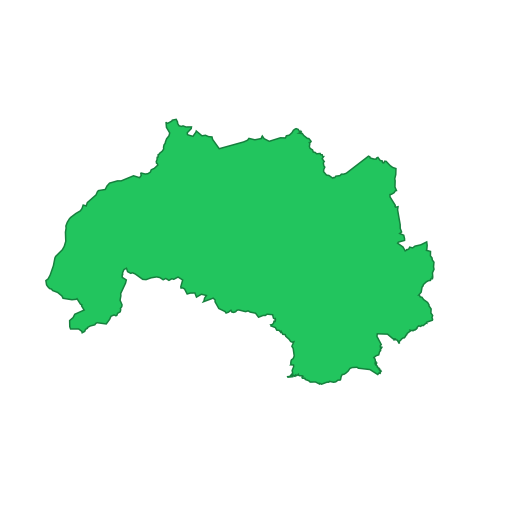 the district of Lifford-Stranorlar Lea-6, Donegal, Ireland, rotated 202°
{"feature_id": "5873133B69749427395931", "entity_name": "Lifford-Stranorlar Lea-6", "entity_type": "district", "adm_level": 2, "iso_a3": "IRL", "parent_name": "Ireland", "parent_adm1": "Donegal", "projection": "mercator", "projection_center": [-7.813, 54.836], "detail": "fine", "context": "isolated", "style": "filled", "palette": "green", "viewbox_px": 512, "rotation_deg": 202, "n_neighbors": 0, "source": "geoboundaries", "source_scale": "gbopen_adm2", "svg_char_len": 6090}
<svg xmlns="http://www.w3.org/2000/svg" viewBox="0 0 512 512"><g transform="rotate(202 256 256)"><path d="M369.4,136.9L368.0,142.4L367.9,145.8L365.5,148.2L363.5,148.1L362.8,148.9L362.9,150.9L361.0,153.4L361.3,155.4L362.1,156.6L361.5,158.7L361.9,160.5L365.5,164.1L366.4,168.5L367.4,170.5L366.8,182.0L367.3,185.2L372.0,186.1L373.0,188.2L372.6,188.7L373.4,190.4L373.4,193.9L371.5,196.1L369.2,193.4L365.7,193.0L364.2,194.2L361.2,194.1L352.3,191.9L349.1,192.9L345.2,196.4L340.3,199.4L337.0,200.0L333.2,199.2L331.2,201.4L327.6,200.8L325.5,203.4L323.5,203.6L320.4,207.3L315.0,206.3L314.2,199.3L313.5,198.2L312.2,198.9L309.9,198.7L305.6,195.0L302.9,197.1L298.8,198.8L295.8,195.6L292.3,200.1L287.2,200.8L287.9,197.6L287.4,195.1L287.6,193.9L279.9,200.9L277.4,199.9L276.8,198.2L270.8,193.4L263.8,192.9L262.4,191.9L260.5,193.6L258.9,196.3L257.4,195.0L255.6,195.3L254.0,196.7L253.4,198.5L251.9,199.5L244.8,200.5L242.7,202.2L240.5,201.8L235.0,202.8L230.7,200.2L227.1,203.6L225.0,204.4L224.0,206.2L218.6,207.8L216.6,205.0L214.9,204.6L214.6,205.1L214.0,204.1L213.9,202.9L214.3,202.7L214.0,202.4L214.8,202.1L214.6,200.2L215.2,198.6L216.5,197.7L215.9,197.4L215.9,196.8L211.2,196.9L209.0,195.0L206.8,195.7L204.9,194.8L204.7,195.3L204.3,194.5L203.8,195.0L201.8,193.4L199.5,194.1L198.3,192.7L194.1,191.2L191.8,189.7L190.1,189.7L188.8,190.7L188.9,185.7L186.9,184.2L183.1,177.6L183.1,174.8L184.2,173.0L184.2,171.9L183.6,169.6L182.9,168.7L183.1,168.1L180.4,169.0L179.6,167.5L179.6,163.4L178.1,161.1L179.6,156.9L181.4,156.0L181.0,155.6L177.0,157.7L177.9,158.5L177.3,159.4L176.8,158.7L175.2,159.0L175.6,159.6L174.9,159.8L174.6,160.6L174.1,159.9L173.3,160.6L172.5,162.1L172.1,161.4L170.8,161.3L168.1,162.3L167.4,162.1L167.9,160.8L167.2,160.1L164.8,160.9L164.1,160.0L160.3,160.1L158.6,159.4L153.6,161.5L149.1,161.1L149.1,161.8L147.2,161.7L142.9,165.6L141.2,166.3L140.9,167.3L136.8,168.0L134.9,169.2L133.5,171.6L131.5,172.5L131.3,173.0L131.9,176.2L131.6,178.5L130.2,179.2L128.9,180.9L127.5,183.7L126.8,186.9L125.2,188.5L120.7,190.7L119.1,190.3L107.8,193.4L98.7,191.7L98.2,193.5L97.0,193.6L96.9,194.3L98.2,194.9L97.4,194.8L97.4,195.8L96.9,196.1L97.6,196.7L98.6,196.3L98.9,197.4L99.9,197.3L99.9,198.0L101.7,198.2L102.0,199.2L104.4,200.0L105.1,200.8L103.9,200.7L104.0,201.9L105.1,201.6L105.0,202.7L105.7,202.8L106.9,204.9L108.7,206.0L107.1,208.7L105.2,210.3L105.6,213.7L105.0,214.9L105.7,215.6L105.6,216.6L106.1,217.4L105.3,217.1L105.1,218.5L106.2,218.3L107.2,219.5L106.7,220.8L113.8,226.8L114.4,229.3L104.8,232.8L98.1,230.6L96.4,231.1L96.9,230.2L96.7,229.9L95.0,230.8L93.4,230.8L90.8,228.8L90.5,229.1L91.4,230.5L90.5,231.6L89.9,233.6L88.8,235.3L88.0,235.5L87.3,237.2L87.4,238.5L86.8,239.3L86.8,240.9L84.7,244.4L85.3,244.9L82.5,245.5L82.6,245.9L80.8,247.0L80.9,247.5L80.1,248.1L79.6,249.4L79.9,250.0L79.0,252.2L76.9,252.4L76.3,253.8L74.9,254.1L73.1,257.5L72.6,257.6L72.9,257.9L72.8,258.7L68.4,262.5L68.5,263.4L69.8,264.9L69.9,267.0L72.5,268.7L73.8,272.5L77.0,274.6L77.2,275.4L79.5,277.2L84.3,278.4L86.7,279.9L88.4,279.6L89.9,280.9L90.5,280.7L89.3,284.4L90.4,289.4L89.9,290.7L90.1,292.2L88.4,295.8L86.9,297.7L85.1,298.7L85.4,300.1L83.9,301.0L84.2,302.6L84.8,302.5L84.7,303.7L86.1,306.5L86.0,310.4L87.3,312.4L88.7,316.9L91.1,318.4L92.1,320.2L94.3,321.4L95.9,325.6L100.1,325.1L100.2,326.4L101.3,330.0L103.0,333.0L107.4,328.1L112.3,324.7L113.8,322.2L116.8,321.8L117.0,319.4L118.6,318.4L118.4,318.1L119.6,316.6L123.1,319.4L129.5,320.9L129.2,322.2L124.1,326.1L124.7,327.6L126.8,330.6L131.2,330.7L130.0,332.8L132.6,335.6L134.1,339.1L142.0,351.8L142.8,354.9L144.7,353.6L145.6,353.9L145.9,355.2L153.9,361.0L154.8,363.2L153.5,364.0L151.7,366.4L151.2,368.7L150.3,369.3L153.0,372.0L155.2,377.9L156.3,379.6L156.9,383.8L159.0,389.5L162.4,389.3L165.6,390.1L170.8,392.5L172.2,392.1L172.3,390.3L173.1,389.9L174.0,390.4L174.5,391.4L176.7,391.1L179.9,393.1L180.9,392.0L180.9,390.9L182.7,390.1L186.9,389.7L187.6,390.6L189.1,390.7L203.3,366.5L205.4,364.7L207.5,363.9L208.2,362.0L211.9,359.9L212.4,358.1L213.5,357.8L213.9,356.9L218.6,358.0L220.9,357.4L224.9,359.5L225.6,361.5L225.5,364.2L226.8,364.9L228.2,367.0L228.5,368.3L228.1,369.1L231.1,371.0L230.6,373.4L231.3,373.1L232.6,374.7L234.0,374.2L235.0,375.1L238.0,373.5L240.2,374.2L241.8,373.8L243.3,375.5L246.3,376.1L247.6,377.6L248.1,380.2L249.1,381.2L248.1,381.9L247.8,382.8L248.1,383.1L251.0,384.7L252.5,384.3L256.9,385.6L258.8,386.8L262.2,386.0L260.4,388.0L261.0,388.4L260.9,387.6L261.6,387.3L264.4,389.2L266.5,389.1L267.3,388.3L268.4,386.6L268.8,383.9L270.3,380.6L272.9,378.8L272.9,376.5L277.7,374.7L286.7,367.3L292.4,367.8L295.1,369.6L295.3,367.9L294.9,367.0L300.6,363.3L306.6,362.4L307.2,360.2L310.1,357.2L330.3,341.7L339.9,347.8L341.4,349.9L344.7,348.9L348.1,349.0L351.1,347.2L358.2,349.5L358.1,348.3L359.3,343.3L364.3,342.8L365.2,343.1L365.9,344.6L363.8,349.8L364.2,351.5L369.2,349.4L372.4,349.3L373.7,348.2L376.1,347.9L378.3,349.5L379.0,350.9L381.2,352.8L384.5,350.6L384.6,349.6L387.6,345.9L389.8,346.1L389.2,345.7L387.2,341.7L382.1,337.8L381.7,334.9L382.8,331.2L382.7,327.4L382.3,326.8L382.9,324.7L382.5,322.3L381.7,320.6L382.2,318.0L383.8,315.2L383.9,314.1L384.7,313.3L383.8,311.2L384.6,310.5L383.8,308.1L383.9,306.3L383.0,304.8L382.2,304.8L381.1,303.5L383.1,299.2L385.4,296.7L385.4,294.1L387.1,291.8L389.4,290.5L393.6,289.9L393.7,289.3L392.6,287.7L393.3,285.0L399.6,284.5L409.1,275.2L412.7,273.7L419.1,268.7L420.4,265.1L420.7,261.2L426.6,257.6L427.1,256.2L427.2,252.7L432.4,242.4L432.2,238.8L435.3,238.5L435.1,234.8L435.8,232.0L438.9,228.0L442.2,222.5L442.9,220.7L443.6,216.6L443.5,212.6L442.5,210.7L441.6,206.7L437.9,198.4L437.4,193.1L437.9,189.2L441.6,180.6L441.7,178.9L440.2,171.1L439.7,161.0L440.2,156.8L441.6,154.5L439.4,150.8L437.6,149.6L435.2,148.5L433.1,148.7L431.7,147.8L426.2,147.9L420.9,146.2L419.1,144.5L410.3,146.5L406.5,148.5L406.0,149.4L400.7,145.6L399.3,145.6L399.0,144.4L395.1,141.5L402.2,134.1L402.5,130.4L404.6,126.3L402.2,120.7L400.6,118.9L393.1,121.9L389.3,120.9L388.4,119.7L386.6,121.9L386.6,124.1L385.2,125.8L385.5,126.4L385.2,126.9L383.4,129.1L379.7,131.8L379.3,133.5L378.4,134.6L369.4,136.9Z" fill="#22c55e" stroke="#15803d" stroke-width="1.5"/></g></svg>